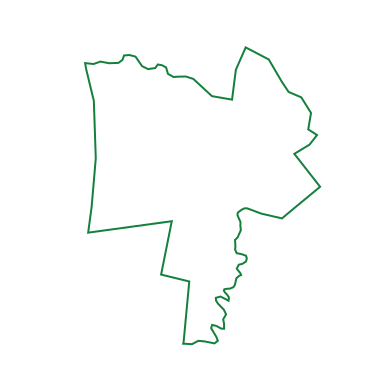 Rosario, Colonia, Uruguay (orthographic projection), rotated 9°
{"feature_id": "84410073B61411405637376", "entity_name": "Rosario", "entity_type": "district", "adm_level": 2, "iso_a3": "URY", "parent_name": "Uruguay", "parent_adm1": "Colonia", "projection": "orthographic", "projection_center": [-57.344, -34.328], "detail": "fine", "context": "isolated", "style": "outline", "palette": "green", "viewbox_px": 384, "rotation_deg": 9, "n_neighbors": 0, "source": "geoboundaries", "source_scale": "gbopen_adm2", "svg_char_len": 1431}
<svg xmlns="http://www.w3.org/2000/svg" viewBox="0 0 384 384"><g transform="rotate(9 192 192)"><path d="M285.0,204.0L296.6,190.7L317.7,166.8L287.1,138.3L300.7,126.8L306.6,116.2L303.0,114.6L297.0,112.0L297.2,95.3L285.1,81.4L271.8,78.1L263.6,69.2L247.1,49.1L222.4,40.8L216.2,64.4L217.1,94.5L196.7,94.2L175.6,80.1L167.9,78.9L160.5,80.2L155.8,81.3L149.8,79.1L146.9,73.0L142.6,71.5L138.3,71.4L136.3,75.3L129.4,77.5L123.0,75.5L115.0,67.1L108.7,66.5L103.5,67.8L102.7,72.4L99.1,76.0L89.8,77.8L81.2,77.5L74.7,81.0L66.3,81.4L68.0,86.6L80.8,117.4L91.7,173.8L95.2,222.5L95.8,248.4L99.1,247.4L176.6,224.0L174.4,278.4L203.3,280.8L207.2,341.9L207.2,342.2L207.0,343.2L215.8,342.3L221.5,338.0L227.8,337.6L237.9,338.0L240.8,334.9L238.7,331.3L234.9,326.7L232.2,323.5L232.7,320.1L237.1,320.5L242.4,322.4L245.1,322.0L244.2,316.9L242.7,312.9L244.8,307.5L241.8,303.2L235.0,298.1L232.7,295.4L232.1,292.8L236.5,290.8L242.7,292.8L245.1,293.7L245.0,290.4L242.9,288.1L240.4,286.1L238.9,284.5L239.2,283.0L242.1,282.0L244.6,281.5L247.7,279.6L248.9,277.1L249.3,270.4L251.4,267.7L253.5,266.3L252.4,264.5L250.3,262.7L248.2,260.7L249.6,256.5L253.1,255.0L256.2,252.2L256.5,248.9L255.3,246.5L251.2,245.7L247.8,245.5L245.8,245.5L243.6,242.2L243.4,239.2L242.9,236.6L242.0,232.7L244.2,229.6L246.2,222.1L245.0,217.5L244.6,214.1L240.5,207.7L240.5,205.2L243.7,201.8L246.2,200.0L249.0,199.5L263.7,202.5L285.0,204.0Z" fill="none" stroke="#15803d" stroke-width="2"/></g></svg>